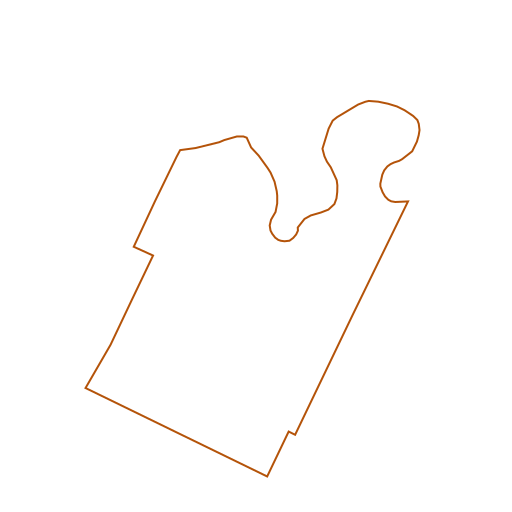 the district of Vanderburgh, Indiana, United States of America, rotated 205°
{"feature_id": "52423323B71593821490385", "entity_name": "Vanderburgh", "entity_type": "district", "adm_level": 2, "iso_a3": "USA", "parent_name": "United States of America", "parent_adm1": "Indiana", "projection": "natural_earth1", "projection_center": [-87.601, 37.997], "detail": "fine", "context": "isolated", "style": "outline", "palette": "amber", "viewbox_px": 512, "rotation_deg": 205, "n_neighbors": 0, "source": "geoboundaries", "source_scale": "gbopen_adm2", "svg_char_len": 1219}
<svg xmlns="http://www.w3.org/2000/svg" viewBox="0 0 512 512"><g transform="rotate(205 256 256)"><path d="M152.7,60.9L152.2,110.7L145.0,110.5L143.5,243.4L141.3,369.7L152.6,363.8L156.6,362.7L159.9,362.9L164.2,364.5L168.1,367.2L172.6,371.5L173.9,374.1L175.9,383.1L176.0,387.8L174.8,392.7L172.9,396.1L170.4,399.1L166.5,402.7L164.5,405.5L158.7,416.9L158.5,427.7L159.6,434.3L161.0,439.2L164.3,444.5L167.2,447.4L172.6,449.3L182.9,450.9L191.5,451.1L200.7,449.8L210.5,447.5L219.3,444.2L222.1,442.0L227.4,436.5L241.2,416.1L243.7,411.1L244.0,402.2L241.1,381.3L236.1,375.3L231.6,371.5L225.7,368.0L214.9,358.8L212.1,354.4L209.4,348.3L207.4,342.2L206.9,336.2L210.0,328.6L215.6,322.8L223.5,315.9L227.7,310.1L230.2,299.5L228.7,296.7L228.7,292.5L229.9,288.1L232.1,284.0L236.4,281.4L239.9,280.3L242.7,280.0L244.5,280.4L246.3,280.7L250.7,283.0L253.6,285.2L256.5,289.5L257.7,295.3L256.9,304.2L259.0,312.6L262.3,319.7L264.6,323.5L270.6,331.2L278.0,337.7L280.5,339.3L282.9,340.8L296.0,348.1L306.3,352.3L314.4,359.3L318.0,359.0L323.9,356.2L333.7,347.7L337.4,343.6L356.4,328.3L369.5,319.9L369.9,312.3L370.7,262.8L370.7,212.7L349.5,212.9L350.0,163.7L350.3,114.1L354.7,64.3L152.7,60.9Z" fill="none" stroke="#b45309" stroke-width="2"/></g></svg>